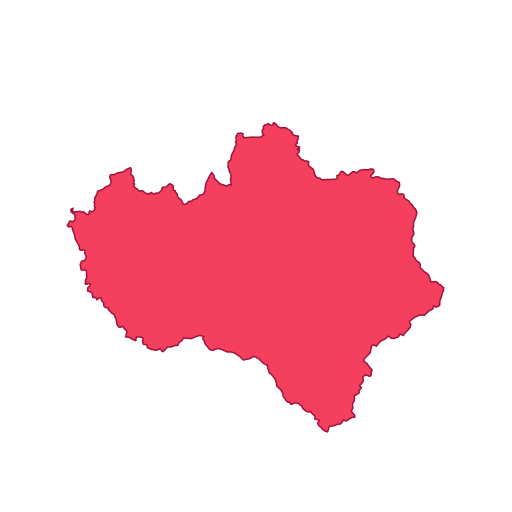 Tayacaja, Huancavelica, Peru (Albers equal-area conic projection), rotated 207°
{"feature_id": "86281439B91012352076021", "entity_name": "Tayacaja", "entity_type": "district", "adm_level": 2, "iso_a3": "PER", "parent_name": "Peru", "parent_adm1": "Huancavelica", "projection": "albers", "projection_center": [-74.763, -12.259], "detail": "fine", "context": "isolated", "style": "filled", "palette": "rose", "viewbox_px": 512, "rotation_deg": 207, "n_neighbors": 0, "source": "geoboundaries", "source_scale": "gbopen_adm2", "svg_char_len": 6125}
<svg xmlns="http://www.w3.org/2000/svg" viewBox="0 0 512 512"><g transform="rotate(207 256 256)"><path d="M333.3,310.3L333.7,308.8L333.7,299.7L333.4,297.3L331.8,292.6L330.9,291.3L331.2,290.2L331.0,287.0L333.8,284.7L335.0,280.0L337.7,277.5L338.3,275.6L340.6,274.2L341.7,271.0L342.9,269.7L344.4,269.3L348.8,272.4L350.9,272.4L352.4,273.0L354.6,275.6L356.7,276.4L357.6,277.4L359.7,277.4L361.5,280.7L362.2,281.2L365.4,281.4L365.8,281.2L367.4,276.7L370.6,274.7L370.5,273.1L369.8,272.5L371.2,268.1L373.8,266.5L374.7,265.3L375.7,264.7L378.1,265.1L379.4,263.1L380.6,262.2L382.9,261.8L386.8,262.6L389.3,261.0L390.7,261.0L391.9,261.7L394.6,261.9L396.7,262.8L396.8,264.9L398.3,265.9L398.9,268.2L400.3,269.1L400.4,270.1L401.7,271.2L404.9,272.1L406.1,276.1L407.8,277.7L408.4,277.2L410.6,274.5L412.4,270.8L416.9,267.3L419.5,263.9L421.6,263.0L422.5,261.9L422.4,260.2L419.0,256.8L418.4,254.8L418.4,252.8L420.9,249.9L422.2,247.8L422.3,246.4L426.6,241.7L425.8,239.1L426.1,234.7L424.6,231.9L424.7,230.3L423.4,229.2L422.7,227.1L421.5,226.2L421.4,225.0L420.7,224.2L421.4,222.0L422.9,220.6L424.5,220.9L424.7,219.5L423.8,217.5L425.4,216.2L429.9,217.1L431.1,215.9L432.9,216.0L438.5,212.4L439.6,212.6L439.9,213.3L440.6,213.6L440.7,215.2L442.0,213.9L441.8,212.7L440.6,211.3L436.7,210.7L435.9,210.1L433.6,206.3L434.8,203.4L437.7,202.8L438.0,197.5L435.9,196.9L434.2,198.4L432.6,198.0L431.3,196.1L426.8,192.0L425.1,189.4L418.0,184.6L416.1,181.7L414.6,181.6L412.0,183.5L410.7,183.0L409.7,180.5L407.6,179.2L406.4,176.9L406.7,174.0L409.0,172.3L408.9,168.7L405.6,164.4L404.5,164.4L401.6,166.2L400.1,165.5L396.7,159.2L397.1,157.1L395.4,154.6L395.7,153.7L394.4,153.7L393.0,155.2L391.7,155.8L390.8,155.4L390.6,153.9L391.5,151.3L390.2,148.4L386.1,148.9L385.0,148.3L382.7,145.1L381.6,145.2L380.1,146.3L377.9,144.8L376.3,147.8L374.6,148.2L373.5,146.1L370.5,145.1L369.2,142.8L368.3,142.1L366.4,141.8L364.3,142.4L362.6,140.9L357.8,139.5L355.7,139.4L351.9,136.0L348.5,131.6L345.5,130.4L344.6,130.7L343.4,132.3L341.9,132.5L340.0,131.1L337.6,130.9L336.5,129.5L335.4,124.8L330.6,126.3L329.4,125.6L324.9,125.9L324.6,126.4L325.5,127.9L325.5,129.9L320.5,131.9L319.0,130.9L318.3,128.2L316.3,126.3L315.5,126.3L313.5,127.4L312.3,126.8L311.4,125.1L307.3,125.1L302.2,126.7L299.3,129.6L298.4,129.6L296.6,128.5L295.3,128.6L293.5,134.8L290.2,136.5L287.6,139.4L285.2,140.8L285.3,144.3L284.0,146.1L283.2,150.3L280.9,150.9L279.2,152.0L277.9,152.1L275.8,153.3L273.5,156.3L270.4,159.4L267.5,160.4L266.0,160.3L266.1,158.8L265.2,157.5L263.8,157.1L261.2,154.5L254.6,151.6L251.8,152.3L247.8,156.5L242.1,157.3L238.1,157.4L235.1,159.0L231.4,159.9L224.4,159.0L220.0,157.6L214.7,162.0L213.8,163.8L212.2,165.5L211.3,165.9L206.9,165.7L200.6,163.7L195.7,163.6L194.8,161.4L193.3,160.6L191.0,157.7L189.1,157.7L183.7,155.4L180.7,152.7L178.3,149.5L172.7,147.8L169.5,145.5L167.8,143.0L164.9,141.9L163.8,140.8L161.5,140.3L159.2,141.0L158.2,139.9L157.4,139.6L154.4,143.0L150.7,143.9L148.9,143.2L147.3,143.4L145.2,141.4L140.9,140.4L138.3,140.9L136.3,142.2L134.4,140.9L131.9,140.5L130.4,139.7L129.6,137.5L125.0,138.4L124.7,138.0L125.4,135.1L122.8,133.2L120.3,133.0L118.4,131.8L114.8,131.3L112.4,131.8L113.3,137.6L110.3,139.5L106.2,143.7L104.8,144.3L103.8,147.0L103.8,149.4L101.4,149.7L100.4,150.3L98.3,154.2L96.7,156.2L95.3,156.7L94.9,157.6L95.8,159.0L99.9,160.6L100.8,161.4L100.6,164.3L102.9,168.2L102.6,171.7L104.9,176.0L102.2,180.2L102.0,181.0L103.2,182.9L102.2,186.1L102.8,186.9L104.6,187.1L105.1,187.6L104.0,190.0L103.6,193.6L106.0,196.5L105.1,198.6L103.9,200.0L100.1,200.4L99.6,200.8L99.4,202.4L100.6,204.6L100.6,206.5L101.4,207.5L104.0,208.3L108.9,210.9L111.7,211.0L112.5,212.2L112.8,213.5L110.3,221.7L112.3,228.3L111.0,230.1L107.8,230.3L106.6,236.2L103.0,241.2L101.9,244.5L100.6,244.7L98.2,244.1L95.5,245.2L92.3,248.9L92.5,251.5L91.7,251.9L88.5,252.1L88.6,253.7L86.3,261.7L86.8,265.1L89.1,266.6L89.5,267.6L89.2,268.4L87.0,273.1L83.9,277.1L81.2,279.0L79.2,279.3L76.8,285.8L74.5,289.1L75.0,292.1L74.5,292.4L73.0,292.1L72.1,292.4L70.7,294.0L70.0,295.6L71.9,299.7L72.3,304.0L73.3,307.6L73.1,309.8L74.5,313.1L76.3,313.2L78.0,314.0L80.5,314.0L82.3,314.8L84.4,314.8L88.3,312.3L93.4,317.4L96.0,318.2L98.5,318.3L103.9,320.0L104.9,321.0L105.9,323.1L107.5,324.3L111.1,324.7L113.8,326.6L115.8,327.1L119.0,334.0L119.0,337.1L120.7,338.3L124.1,339.7L124.5,341.3L125.6,342.2L125.3,347.2L128.7,351.6L129.0,353.7L130.9,357.5L131.2,362.9L132.4,367.9L135.7,370.5L136.9,370.6L140.6,372.7L142.6,372.9L144.4,374.3L149.9,374.8L152.3,377.9L154.4,377.6L156.4,375.9L158.4,376.2L159.7,378.6L159.8,383.7L161.7,386.7L163.3,386.4L168.5,387.2L174.9,383.5L178.3,382.8L179.6,381.9L181.9,382.2L183.8,381.7L185.4,380.8L187.2,378.7L189.1,378.6L189.9,379.1L190.2,379.9L189.3,382.0L189.1,384.3L190.5,386.4L191.3,386.4L193.5,385.6L195.0,383.8L199.4,381.8L202.4,379.4L204.3,375.5L206.2,375.9L208.2,374.9L210.0,370.5L211.0,369.6L211.9,369.4L216.3,370.7L218.4,370.2L218.8,368.9L218.6,366.3L220.4,364.2L219.1,362.5L219.1,361.5L220.8,360.0L231.8,353.9L232.7,353.7L234.1,354.3L237.4,353.4L240.0,354.7L244.1,359.1L250.6,360.6L251.8,363.8L254.1,363.8L255.3,362.7L257.3,363.0L258.8,362.7L261.3,363.3L263.0,364.4L264.9,364.7L265.5,365.8L264.9,367.8L265.1,369.2L265.5,369.8L267.0,369.5L267.6,370.1L266.0,371.2L266.3,372.2L267.1,372.9L269.6,372.2L271.3,372.9L270.5,375.4L271.7,377.5L271.6,379.0L272.6,382.0L273.1,382.1L274.7,381.2L278.2,380.8L279.3,381.5L279.5,382.5L284.2,383.6L285.6,383.3L286.8,383.8L289.1,383.3L292.3,381.2L293.2,381.1L295.4,381.3L298.3,382.7L300.2,383.0L300.9,382.4L300.5,380.8L301.0,379.8L303.1,379.1L305.1,379.7L306.5,377.6L307.7,376.8L308.3,374.7L307.2,373.2L307.4,370.3L306.0,368.3L304.0,367.4L304.9,366.3L305.3,364.7L306.4,363.6L313.5,360.1L320.4,355.9L322.4,357.1L323.1,359.0L325.3,358.7L328.0,356.8L327.7,355.7L328.2,354.7L327.6,353.6L327.9,353.0L325.9,349.7L326.0,348.2L324.1,346.7L323.9,344.5L324.5,343.3L323.9,342.3L323.6,339.2L323.6,334.4L322.3,331.2L322.2,329.6L323.3,327.9L323.2,326.6L321.0,322.1L319.6,321.5L318.7,319.7L315.8,317.6L313.8,315.0L314.0,313.9L313.6,312.9L310.4,308.1L312.3,307.4L314.0,305.0L321.3,304.0L328.5,306.5L330.3,308.9L333.3,310.3Z" fill="#f43f5e" stroke="#9f1239" stroke-width="1.5"/></g></svg>